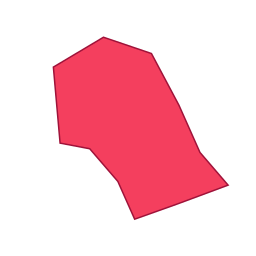 outline of Mtarfa, rotated 66°
{"feature_id": "MLT-5922", "entity_name": "Mtarfa", "entity_type": "state/province", "adm_level": 1, "iso_a3": "MLT", "parent_name": "Malta", "parent_adm1": "", "projection": "robinson", "projection_center": [14.404, 35.886], "detail": "fine", "context": "isolated", "style": "filled", "palette": "rose", "viewbox_px": 256, "rotation_deg": 66, "n_neighbors": 0, "source": "natural_earth", "source_scale": "10m", "svg_char_len": 307}
<svg xmlns="http://www.w3.org/2000/svg" viewBox="0 0 256 256"><g transform="rotate(66 128 128)"><path d="M114.2,196.2L42.0,171.4L35.1,113.5L69.5,76.3L128.0,72.2L179.6,72.2L220.9,59.8L217.5,113.5L214.0,159.0L172.7,159.0L131.4,171.4L114.2,196.2Z" fill="#f43f5e" stroke="#9f1239" stroke-width="1.5"/></g></svg>